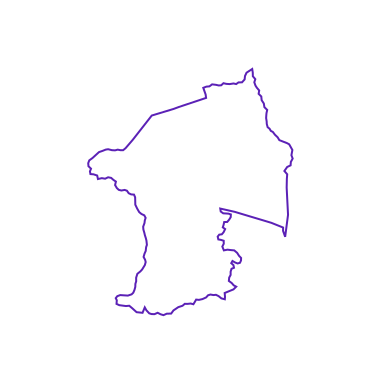 the district of Nossa Senhora das Dores, Sergipe, Brazil, rotated 216°
{"feature_id": "56859067B89950771275901", "entity_name": "Nossa Senhora das Dores", "entity_type": "district", "adm_level": 2, "iso_a3": "BRA", "parent_name": "Brazil", "parent_adm1": "Sergipe", "projection": "albers", "projection_center": [-37.249, -10.461], "detail": "fine", "context": "isolated", "style": "outline", "palette": "violet", "viewbox_px": 384, "rotation_deg": 216, "n_neighbors": 0, "source": "geoboundaries", "source_scale": "gbopen_adm2", "svg_char_len": 2932}
<svg xmlns="http://www.w3.org/2000/svg" viewBox="0 0 384 384"><g transform="rotate(216 192 192)"><path d="M286.7,148.7L284.7,146.8L282.1,148.4L278.4,149.6L275.7,147.2L273.1,150.2L270.1,151.7L268.5,154.6L265.7,155.9L262.6,155.6L259.7,155.7L258.3,152.4L255.1,151.0L252.5,150.7L250.0,151.7L247.7,154.1L245.4,154.8L242.5,153.8L239.8,154.3L237.4,155.8L234.9,154.3L232.9,151.7L230.4,148.4L226.7,146.4L222.9,144.7L219.9,144.5L216.9,145.1L214.3,143.8L213.5,141.3L212.2,139.0L211.1,135.2L209.2,133.0L206.6,131.0L204.9,129.5L202.2,127.5L200.3,125.9L197.4,122.7L196.7,120.4L194.8,117.1L194.2,114.3L193.0,111.0L190.1,109.6L188.3,108.1L187.2,105.2L186.8,100.0L187.1,97.4L188.1,93.7L186.8,89.8L184.7,87.0L183.8,84.4L182.1,81.9L181.0,79.0L180.3,76.0L180.7,73.7L183.0,70.5L187.1,67.9L189.5,66.4L191.2,63.8L191.3,61.3L189.2,60.2L187.3,57.1L184.3,57.7L182.1,58.9L178.4,60.9L175.9,63.1L171.7,62.8L166.2,62.2L161.0,65.2L162.4,70.9L159.4,69.5L155.3,68.7L152.9,69.5L150.5,71.2L148.8,74.1L145.6,74.6L142.7,75.6L140.9,78.7L137.4,81.4L137.4,85.3L136.3,88.3L135.4,90.8L132.8,94.4L132.1,97.3L129.8,98.9L127.5,101.0L124.9,102.0L125.1,104.5L125.4,107.4L123.0,108.8L120.6,111.5L118.6,115.0L118.3,117.9L116.8,119.9L114.1,121.2L112.2,122.9L109.3,123.4L105.7,123.2L102.4,124.5L103.7,126.6L106.2,129.5L103.8,133.4L101.2,137.6L100.6,141.4L103.4,141.0L106.4,141.7L109.9,141.7L111.6,144.6L112.0,147.6L113.9,150.2L114.9,153.1L113.5,155.4L115.5,157.2L118.4,157.5L118.7,160.0L115.7,160.3L113.1,161.0L111.6,162.9L112.1,165.4L113.5,167.5L116.4,168.0L119.7,169.3L123.5,169.6L126.5,167.8L129.4,166.2L131.9,163.5L135.4,165.7L135.9,168.8L137.7,171.2L140.6,170.2L142.8,169.1L145.0,171.0L144.9,173.5L143.0,175.3L142.8,178.0L143.4,181.5L146.3,181.5L147.1,183.9L148.3,186.6L145.9,188.5L145.7,191.5L145.9,194.4L147.4,196.7L149.8,195.9L151.9,194.6L154.2,193.1L157.3,193.1L159.4,195.2L145.7,201.1L136.8,204.2L118.6,210.6L109.7,213.7L97.4,216.8L95.5,214.1L90.3,210.5L100.9,230.0L109.7,240.9L118.0,251.2L123.0,258.4L125.4,262.3L129.6,263.3L129.7,268.2L127.9,271.5L129.7,274.4L130.2,278.2L133.2,280.2L135.5,285.0L139.2,286.7L141.4,287.7L143.8,287.4L151.8,285.3L154.9,286.6L158.6,287.1L161.9,288.1L164.2,287.8L166.5,288.8L168.9,288.9L171.5,291.0L173.1,293.0L175.5,295.4L176.9,297.6L178.1,299.6L179.4,302.6L183.3,303.2L185.9,305.8L189.6,307.2L192.1,310.0L195.8,310.6L197.3,313.6L200.9,314.5L203.2,315.4L206.1,317.4L207.1,320.5L210.8,321.4L213.0,324.3L215.6,326.9L218.0,320.6L217.3,317.0L215.6,314.0L216.0,310.1L218.8,308.0L219.7,305.3L222.2,304.2L225.0,301.4L227.9,299.6L230.5,298.5L231.1,295.5L233.0,293.9L235.6,292.8L239.0,290.9L240.0,287.7L242.3,285.7L244.1,282.9L238.3,278.9L235.9,276.4L252.5,253.2L255.7,248.4L269.5,230.2L270.6,199.5L271.5,188.4L272.3,185.3L274.4,183.8L277.0,182.6L278.7,180.5L281.3,178.8L285.0,177.3L286.7,175.6L288.6,172.6L290.7,169.6L292.5,160.9L293.7,157.2L292.9,154.3L290.9,152.0L287.4,151.5L286.7,148.7Z" fill="none" stroke="#5b21b6" stroke-width="2"/></g></svg>